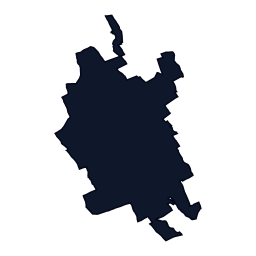 the district of Botesti, Vaslui, Romania
{"feature_id": "2599482B66612937018908", "entity_name": "Botesti", "entity_type": "district", "adm_level": 2, "iso_a3": "ROU", "parent_name": "Romania", "parent_adm1": "Vaslui", "projection": "robinson", "projection_center": [27.902, 46.78], "detail": "fine", "context": "isolated", "style": "filled", "palette": "ink", "viewbox_px": 256, "rotation_deg": 0, "n_neighbors": 0, "source": "geoboundaries", "source_scale": "gbopen_adm2", "svg_char_len": 5764}
<svg xmlns="http://www.w3.org/2000/svg" viewBox="0 0 256 256"><path d="M192.9,175.3L192.4,173.8L190.9,171.9L190.2,168.7L189.5,167.0L188.4,165.1L188.2,164.8L186.8,164.0L184.4,162.8L183.5,162.0L182.4,160.0L182.2,158.7L182.0,158.0L179.6,154.3L178.5,152.1L178.3,151.5L178.3,151.1L178.1,150.4L177.5,149.6L176.4,147.8L179.4,146.1L177.0,142.3L176.7,142.1L176.2,141.5L176.0,141.2L176.1,140.9L175.0,139.8L173.7,137.9L172.3,135.5L177.0,133.6L176.7,133.4L176.5,132.7L176.6,132.4L176.0,132.1L174.5,131.9L172.7,130.5L172.4,129.6L172.2,128.1L171.1,126.3L170.3,126.7L170.0,126.4L171.4,125.6L168.6,122.8L167.4,121.1L165.7,122.3L163.6,120.0L162.6,119.1L170.0,113.4L170.1,113.2L169.8,113.1L169.2,112.4L168.2,110.6L166.0,107.7L164.9,105.7L164.6,105.4L175.4,97.9L177.7,96.7L174.8,92.3L176.6,91.7L175.9,90.7L175.7,90.2L175.5,87.7L174.8,85.4L173.9,83.5L172.9,82.0L172.4,81.3L179.7,77.3L181.3,76.6L181.9,76.6L182.4,77.0L183.2,76.7L182.7,74.0L180.2,69.9L180.0,68.8L179.9,68.1L179.6,67.5L178.9,65.8L177.4,64.5L176.3,63.7L174.5,61.4L174.0,60.6L173.9,60.3L174.2,58.1L174.0,57.3L174.4,55.7L174.2,54.4L173.9,53.6L173.1,52.5L172.6,52.0L172.4,52.0L171.4,52.0L168.5,52.3L166.1,52.3L165.6,52.4L161.2,54.0L163.0,57.5L157.4,59.2L158.4,62.1L158.6,63.1L159.7,66.2L160.9,69.9L161.3,70.8L161.4,71.4L161.8,71.9L162.0,72.9L162.5,73.8L162.5,74.2L162.2,74.4L161.5,74.5L157.8,72.7L157.2,72.8L156.8,73.2L156.6,74.1L155.2,76.7L155.1,77.1L155.1,77.5L146.2,82.6L146.0,82.4L145.0,82.2L144.4,81.6L143.9,81.0L142.6,80.0L141.4,78.8L139.9,76.9L138.4,77.7L136.7,76.2L126.8,80.1L126.0,78.4L124.8,76.2L124.4,76.2L123.7,75.4L122.5,74.0L121.3,73.2L120.8,72.7L120.2,72.5L117.9,70.8L117.0,68.6L126.6,63.8L125.3,61.4L124.2,60.4L122.6,58.4L122.0,57.8L121.7,57.3L121.7,57.0L121.3,56.2L121.3,55.8L124.3,54.7L124.5,54.5L122.6,51.6L122.0,50.0L121.3,48.9L118.4,45.3L118.4,45.1L121.5,43.9L120.9,42.1L122.4,42.2L122.0,35.7L121.5,31.7L120.4,30.0L119.6,29.4L119.2,28.4L119.2,27.0L118.5,26.2L118.3,25.3L117.8,25.0L117.4,23.9L117.0,23.7L115.6,21.2L114.0,19.2L111.8,15.4L110.6,15.4L110.0,15.6L109.1,15.8L106.4,16.0L105.9,15.9L105.5,16.0L107.7,20.2L108.5,21.2L109.6,24.0L112.7,30.0L112.3,30.4L112.8,31.3L112.7,31.6L111.8,31.8L111.4,31.8L111.2,32.0L111.1,32.5L111.7,32.7L112.4,33.2L113.0,33.8L113.6,33.8L114.5,33.7L116.0,36.9L115.7,38.2L115.8,39.0L114.9,39.6L113.5,41.3L112.8,43.9L113.5,44.9L113.6,45.5L113.2,46.7L113.8,48.1L113.9,49.3L113.6,50.8L115.0,52.3L115.7,52.7L116.8,53.8L117.7,54.2L119.8,56.2L119.0,56.8L110.7,59.8L106.2,61.5L105.1,61.8L104.4,61.4L103.1,59.8L102.9,59.3L101.5,57.3L100.5,56.4L98.3,52.6L97.8,51.8L97.0,51.1L94.5,48.4L93.6,47.7L92.9,47.4L92.2,47.3L90.6,46.8L90.2,46.9L89.8,47.3L87.8,48.4L84.1,49.9L82.3,51.1L81.9,51.7L81.3,52.1L79.7,52.7L79.1,52.7L76.7,53.3L76.2,53.6L76.2,54.0L76.5,54.5L76.5,55.5L76.9,57.1L76.9,58.2L77.7,60.3L77.8,61.0L77.4,61.2L77.7,62.7L78.1,63.6L79.9,65.5L80.0,65.9L80.0,66.3L80.3,67.3L80.5,67.6L80.6,68.5L80.5,69.6L80.8,74.1L80.7,75.2L80.2,76.8L79.6,78.4L76.3,83.4L76.3,83.7L75.9,83.8L72.1,83.7L70.4,83.9L67.5,83.9L66.4,84.3L66.6,85.2L66.6,86.3L66.6,87.1L66.6,87.6L68.0,91.0L68.2,92.7L68.3,93.8L67.8,94.2L67.4,94.6L62.1,97.3L63.4,99.5L63.7,100.3L63.9,101.7L65.0,103.7L65.5,104.8L66.0,105.7L67.4,108.8L68.0,111.9L68.4,113.0L70.1,116.2L70.1,117.0L69.7,118.0L69.6,118.3L69.2,118.4L68.3,119.0L64.1,126.4L62.8,127.9L62.7,128.2L61.3,129.7L57.4,132.2L55.2,133.4L56.1,134.8L56.8,136.2L58.0,137.6L59.0,138.6L61.3,141.5L61.6,143.2L62.6,144.3L63.9,145.1L67.6,148.3L67.6,150.3L66.7,150.5L67.0,150.7L68.8,152.8L70.1,154.5L71.7,156.8L74.0,159.0L76.0,161.4L77.5,163.8L78.1,165.1L78.4,166.3L79.5,169.1L82.9,167.7L86.4,166.9L86.6,167.9L87.2,169.1L87.6,170.4L88.4,171.9L88.4,172.5L88.2,172.8L88.1,173.1L88.4,173.5L88.5,173.8L88.0,175.1L88.3,175.4L88.2,177.1L88.3,177.3L89.2,177.7L89.9,179.0L91.2,180.3L91.4,181.1L91.8,182.0L92.2,183.7L93.9,185.0L94.8,186.9L95.8,188.4L96.3,190.0L90.4,192.4L86.3,194.6L83.4,195.7L83.4,196.0L83.9,197.4L85.2,200.4L85.8,202.1L86.4,206.2L86.1,206.9L92.6,213.9L97.7,214.1L106.2,211.2L107.9,210.7L108.6,210.7L110.5,209.8L113.9,208.6L115.3,207.9L117.2,207.3L120.5,206.3L124.8,204.5L126.1,204.1L128.8,203.4L130.0,202.9L130.4,203.5L131.1,204.0L131.8,205.0L132.1,205.7L132.4,206.9L132.9,208.1L132.9,208.8L133.6,210.3L133.7,210.8L134.4,211.7L135.0,212.2L135.6,213.7L135.9,214.1L136.6,215.4L137.0,216.4L137.2,217.7L137.3,219.3L137.9,221.6L141.2,220.3L145.0,217.9L146.2,217.5L147.0,216.7L148.0,216.3L148.9,218.0L149.9,218.9L150.4,219.9L152.4,222.4L149.8,223.9L150.2,224.4L151.4,225.1L154.2,228.6L155.3,230.1L155.8,230.9L156.7,231.9L158.3,233.0L161.2,235.4L163.5,238.2L165.9,240.6L170.9,238.1L172.9,237.1L173.9,236.8L174.6,236.5L181.9,234.8L181.7,234.3L181.1,233.7L179.5,232.1L179.0,232.4L177.9,232.7L176.8,232.6L175.0,231.2L174.0,229.8L173.5,228.9L173.1,228.4L170.5,228.1L169.6,227.6L168.4,226.6L166.8,222.6L165.7,221.2L164.8,221.0L164.0,221.0L162.9,221.3L160.9,220.9L158.8,220.2L157.5,220.0L156.5,220.0L155.7,219.3L163.0,216.4L165.4,214.8L165.9,214.3L166.8,213.8L171.2,210.7L172.1,210.2L170.7,207.9L170.7,207.6L167.5,204.3L169.9,202.6L171.6,203.4L172.5,204.1L173.5,204.5L174.8,203.1L174.8,202.8L174.1,202.4L173.1,201.3L172.4,200.8L168.6,198.7L168.0,198.1L170.2,196.7L170.9,197.4L175.1,202.7L175.1,203.1L175.6,203.9L176.7,205.0L177.7,207.2L179.2,209.4L180.3,209.8L180.9,210.7L181.4,211.4L184.2,213.4L185.7,215.6L186.8,216.3L188.2,216.7L189.2,217.2L190.6,218.3L191.5,219.3L192.3,219.0L192.6,219.5L196.0,218.8L197.0,215.1L197.9,212.4L200.2,208.8L200.8,208.5L200.5,207.2L200.1,205.7L198.7,202.3L193.8,204.4L193.1,205.2L192.6,205.4L192.0,205.6L191.1,205.6L189.8,206.0L189.7,204.9L189.4,203.5L186.9,197.4L185.6,194.5L185.2,193.5L184.5,192.3L182.6,185.9L181.8,184.5L179.7,181.3L182.3,179.9L182.7,180.9L186.0,179.0L189.2,177.6L192.9,175.3Z" fill="#0f172a" stroke="#020617" stroke-width="1.5"/></svg>